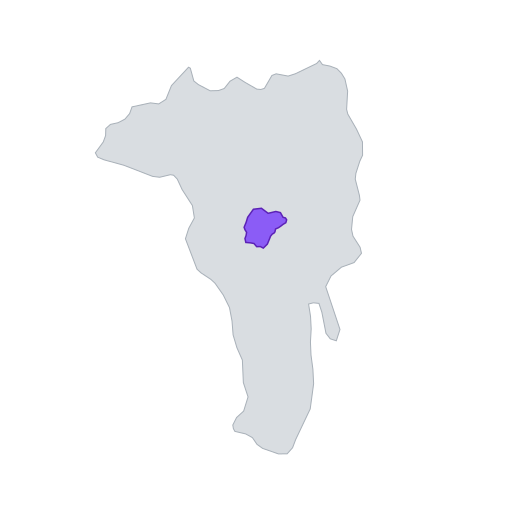 Monseñor Nouel on a map of Dominican Republic (Albers equal-area conic projection), rotated 76°
{"feature_id": "DOM-1976", "entity_name": "Monseñor Nouel", "entity_type": "Province", "adm_level": 1, "iso_a3": "DOM", "parent_name": "Dominican Republic", "parent_adm1": "", "projection": "albers", "projection_center": [-70.39, 18.916], "detail": "fine", "context": "in_parent", "style": "filled", "palette": "violet", "viewbox_px": 512, "rotation_deg": 76, "n_neighbors": 0, "source": "natural_earth", "source_scale": "10m", "svg_char_len": 1937}
<svg xmlns="http://www.w3.org/2000/svg" viewBox="0 0 512 512"><g transform="rotate(76 256 256)"><path d="M81.3,340.2L81.9,321.3L84.9,313.6L82.2,305.5L70.2,296.8L62.9,285.6L56.5,275.8L57.9,274.3L71.1,274.0L75.7,270.5L84.6,260.5L86.4,252.4L85.8,246.3L80.1,238.9L77.9,231.2L85.0,224.5L94.3,214.8L95.6,211.0L95.4,207.3L84.7,196.9L84.1,192.4L89.2,181.3L88.7,173.8L83.9,150.6L81.6,147.1L86.4,145.2L89.6,138.3L93.8,132.2L99.4,128.9L105.7,126.9L118.2,127.2L135.6,132.6L140.5,132.6L157.2,127.8L171.0,125.1L184.0,128.2L189.2,132.4L200.0,139.1L205.4,141.1L222.3,141.0L227.0,141.6L241.2,152.6L253.3,156.9L260.2,157.1L272.7,152.9L278.9,153.0L286.1,162.4L287.5,175.8L293.5,188.0L302.6,195.8L347.6,192.3L357.7,198.6L354.3,204.0L347.9,206.8L326.5,205.7L317.2,206.4L315.3,211.7L315.3,216.6L327.8,217.7L340.1,220.1L352.7,224.0L365.4,226.6L379.7,228.2L393.9,231.0L417.5,240.4L443.8,262.0L450.9,266.9L455.5,273.7L453.4,282.2L444.3,296.1L439.0,300.6L431.4,303.4L426.1,309.1L421.1,318.9L418.0,319.7L414.4,319.4L408.0,313.9L403.5,305.5L390.8,297.8L375.8,298.9L353.7,294.4L340.4,296.7L327.0,297.3L313.3,295.0L299.6,294.2L285.9,297.2L272.6,302.3L267.7,305.5L259.1,313.4L254.6,316.4L222.2,320.3L212.8,314.5L204.2,306.6L191.7,305.5L173.7,311.6L162.3,313.8L157.7,316.4L156.4,319.4L156.3,330.4L153.7,337.1L135.9,362.4L125.9,380.2L121.8,385.7L117.0,386.9L108.4,376.6L102.8,372.8L96.0,370.9L93.1,365.4L93.3,357.6L91.5,350.1L87.3,344.2L81.3,340.2Z" fill="#d9dde1" stroke="#a8b0b8" stroke-width="1"/><path d="M231.8,222.0L233.0,224.7L234.0,227.4L234.5,230.5L237.2,231.8L238.2,233.1L238.6,234.8L240.3,237.1L242.6,238.7L247.2,242.1L250.1,247.0L247.9,249.5L247.1,253.1L243.4,254.9L241.9,258.2L240.4,262.6L236.4,262.5L233.6,260.6L230.7,259.4L228.0,260.3L225.3,260.6L220.9,257.4L216.4,254.7L210.0,247.2L211.0,239.2L217.5,233.9L217.6,226.0L219.8,221.8L225.0,220.4L226.2,218.2L228.3,217.5L230.9,219.0L231.8,222.0Z" fill="#8b5cf6" stroke="#5b21b6" stroke-width="1.5"/></g></svg>